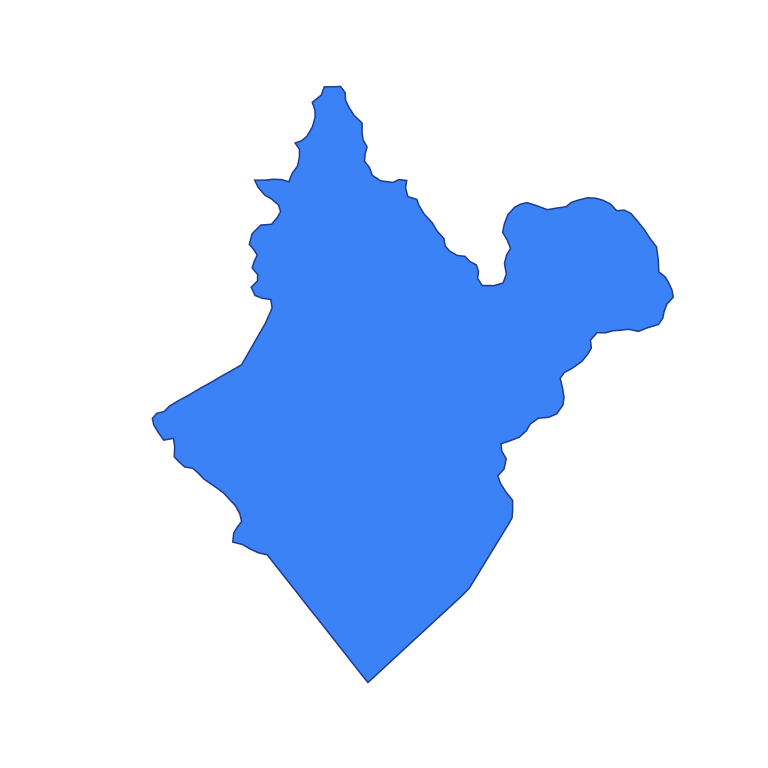 Muqui, Espírito Santo, Brazil (Mercator projection), rotated 299°
{"feature_id": "56859067B48645623438515", "entity_name": "Muqui", "entity_type": "district", "adm_level": 2, "iso_a3": "BRA", "parent_name": "Brazil", "parent_adm1": "Espírito Santo", "projection": "mercator", "projection_center": [-41.312, -20.933], "detail": "fine", "context": "isolated", "style": "filled", "palette": "blue", "viewbox_px": 768, "rotation_deg": 299, "n_neighbors": 0, "source": "geoboundaries", "source_scale": "gbopen_adm2", "svg_char_len": 2511}
<svg xmlns="http://www.w3.org/2000/svg" viewBox="0 0 768 768"><g transform="rotate(299 384 384)"><path d="M601.6,238.4L604.4,227.6L609.0,219.3L613.5,212.8L619.9,208.9L623.2,201.7L618.9,194.8L615.0,187.7L606.4,189.1L595.6,184.7L590.1,190.8L584.0,194.4L574.3,196.7L563.3,196.5L556.8,194.0L551.7,189.4L548.3,196.3L541.9,199.8L532.9,202.7L524.1,201.6L514.7,202.7L513.2,195.6L509.5,188.0L504.6,181.1L499.6,172.1L495.1,178.3L491.4,188.2L491.3,196.0L489.4,205.0L484.6,210.0L478.1,210.0L469.2,208.2L463.3,199.2L451.6,195.8L440.8,198.5L438.5,204.8L435.3,210.6L428.7,211.0L421.6,212.4L418.5,220.4L412.8,223.4L404.3,220.9L398.9,228.3L400.0,236.3L403.1,243.9L396.3,249.3L379.7,250.8L331.9,250.1L325.7,246.5L310.0,236.8L301.2,231.7L292.1,225.9L279.6,218.6L269.5,212.1L260.7,207.1L253.3,205.0L248.2,199.5L241.5,198.1L236.4,202.7L232.3,210.0L228.1,218.6L234.4,226.2L227.7,231.3L218.6,235.9L216.5,242.5L214.8,250.0L217.6,257.6L216.1,264.2L213.5,273.0L212.1,287.5L210.9,296.5L208.5,303.8L205.5,313.1L200.6,320.8L194.6,326.2L188.2,325.1L180.8,324.8L172.4,328.4L175.0,338.0L174.8,346.4L175.4,356.2L178.0,364.5L159.7,408.2L151.9,426.5L148.1,435.9L145.1,443.1L129.6,480.0L119.2,504.6L115.1,514.7L234.4,554.1L246.6,557.6L322.8,560.9L329.1,560.9L336.6,557.4L344.6,552.9L348.7,542.9L353.5,534.1L358.8,528.1L367.9,530.2L377.8,527.2L382.5,519.4L388.5,515.3L395.6,521.9L403.0,528.1L412.2,531.2L419.9,531.3L429.0,535.7L434.8,544.3L441.7,549.6L452.5,550.7L459.6,547.9L466.7,542.4L474.5,535.3L481.6,536.2L488.7,540.8L499.6,546.1L509.5,547.8L516.0,547.9L522.4,543.3L532.1,545.4L536.2,553.0L541.3,558.1L545.0,563.7L550.4,571.4L553.4,581.1L560.1,586.5L569.2,595.2L576.7,595.9L583.4,593.8L591.1,592.7L600.2,594.9L605.7,590.4L610.7,583.7L613.9,578.2L615.4,569.9L625.6,563.7L636.1,555.8L640.1,546.4L645.1,537.1L649.9,525.4L652.9,517.2L652.6,509.9L648.4,503.5L651.2,494.9L650.9,486.6L649.2,479.3L645.5,471.7L639.5,465.2L633.7,459.8L627.3,457.3L621.5,449.6L615.7,442.4L614.1,432.0L612.0,421.1L607.3,416.1L601.6,412.4L592.2,410.3L582.1,411.7L574.1,414.3L569.6,422.1L563.8,429.0L556.2,428.7L547.8,430.9L539.5,437.7L530.2,439.2L523.5,432.7L517.7,422.1L521.8,414.7L528.2,412.1L532.9,407.1L532.8,399.2L534.9,392.9L531.9,385.7L532.1,376.7L534.5,370.5L540.3,365.9L543.7,355.9L548.3,348.3L552.1,336.7L557.1,328.0L561.4,323.2L559.5,314.0L565.9,307.8L573.0,305.2L570.0,297.9L564.6,294.1L560.1,282.6L560.8,272.7L566.3,266.3L569.3,259.0L576.3,255.9L583.1,254.3L587.5,247.2L593.5,242.8L601.6,238.4Z" fill="#3b82f6" stroke="#1e3a8a" stroke-width="1.5"/></g></svg>